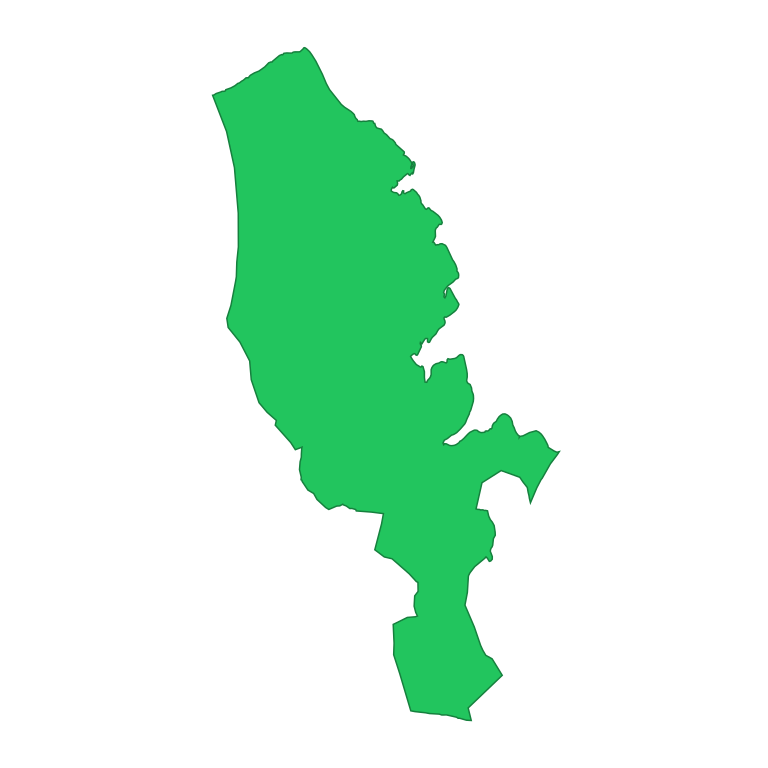 outline of Sorong Selatan, Papua Barat, Indonesia, rotated 181°
{"feature_id": "22746128B99267537228675", "entity_name": "Sorong Selatan", "entity_type": "district", "adm_level": 2, "iso_a3": "IDN", "parent_name": "Indonesia", "parent_adm1": "Papua Barat", "projection": "equal_earth", "projection_center": [132.035, -1.666], "detail": "fine", "context": "isolated", "style": "filled", "palette": "green", "viewbox_px": 768, "rotation_deg": 181, "n_neighbors": 0, "source": "geoboundaries", "source_scale": "gbopen_adm2", "svg_char_len": 6131}
<svg xmlns="http://www.w3.org/2000/svg" viewBox="0 0 768 768"><g transform="rotate(181 384 384)"><path d="M351.5,57.7L347.5,57.0L336.7,56.0L332.7,55.3L322.9,54.9L320.6,54.1L315.6,54.2L305.6,52.1L304.1,51.1L302.5,51.1L295.7,49.3L290.9,49.1L294.2,61.6L260.7,94.8L271.1,111.1L277.5,114.5L280.5,119.4L282.8,124.2L289.5,142.7L299.2,164.3L297.0,177.1L296.3,192.9L296.1,194.0L294.7,196.8L290.1,203.0L280.2,211.5L279.0,212.9L277.6,211.6L275.6,208.5L274.2,208.9L272.7,210.7L272.7,213.4L274.8,218.6L274.6,220.2L274.0,221.8L273.1,223.0L272.5,224.7L271.9,231.3L270.1,234.7L270.3,237.9L271.4,244.4L273.3,247.8L275.3,250.2L277.0,253.7L278.3,259.0L280.1,259.4L281.5,259.3L282.9,259.9L285.5,259.8L286.2,260.2L288.5,260.3L289.8,260.7L284.3,287.0L265.4,299.5L246.6,293.1L243.3,288.4L238.9,283.0L238.0,278.3L237.1,274.9L236.6,272.0L235.5,267.8L229.4,282.9L225.3,291.1L224.2,292.5L216.3,307.0L209.4,316.5L207.6,319.4L209.9,318.8L212.6,319.9L218.7,323.5L219.1,325.5L220.3,327.9L222.3,331.6L224.6,335.0L226.0,336.7L228.3,338.6L231.1,339.9L237.6,338.0L244.1,334.6L247.1,334.0L247.8,333.0L247.7,334.4L248.8,335.0L250.7,337.3L251.9,339.4L253.1,342.6L254.5,345.3L255.2,348.9L256.7,352.1L258.7,354.1L260.0,355.1L262.1,356.1L263.2,356.2L264.9,356.0L266.7,354.8L268.3,353.4L270.0,350.9L271.2,348.5L273.2,347.1L273.9,346.3L274.9,344.3L275.3,341.7L276.1,340.9L277.0,341.1L278.7,339.2L279.9,338.7L281.1,338.9L282.0,338.5L282.4,337.5L285.7,337.1L286.9,337.3L288.9,338.2L289.7,339.1L290.7,339.4L292.3,339.5L293.2,339.3L297.4,337.1L299.4,335.2L303.2,331.0L305.6,328.8L307.2,328.0L308.0,326.6L310.7,324.7L312.6,323.9L315.3,323.5L317.4,323.7L320.5,325.2L322.4,325.4L323.2,324.3L324.0,326.0L322.7,328.9L319.6,330.6L315.4,334.2L314.5,334.3L312.7,335.2L310.5,336.6L306.8,340.4L302.6,345.4L301.7,347.1L300.4,350.7L298.2,355.5L297.8,357.7L297.2,358.5L296.7,359.7L294.4,368.2L294.2,371.0L294.4,374.0L294.7,375.4L296.0,378.5L296.4,381.6L297.9,385.0L300.2,386.3L301.3,388.1L301.4,389.2L300.9,392.5L301.0,395.9L301.7,400.0L304.8,413.0L305.3,413.9L306.3,414.7L308.3,414.7L309.5,413.9L311.9,411.6L313.6,410.8L318.5,409.9L320.5,410.4L321.3,409.3L321.3,407.9L321.6,406.7L322.3,406.1L324.8,407.0L326.5,407.3L327.5,407.1L329.5,405.9L332.3,405.2L334.4,403.9L335.3,403.0L336.4,401.2L337.1,399.2L337.0,394.3L337.7,392.0L338.4,390.7L340.5,388.4L341.3,386.4L343.0,386.6L343.7,391.1L343.8,397.0L345.3,402.0L346.4,402.6L347.0,401.8L347.9,401.6L352.0,404.0L355.3,407.9L357.9,411.9L357.2,412.9L355.4,414.4L354.3,414.9L353.5,414.7L352.8,413.7L351.6,413.3L350.9,414.0L347.3,421.9L347.4,423.1L348.1,424.0L348.5,425.1L348.3,426.2L346.8,424.8L344.0,429.5L343.0,430.3L341.3,430.2L341.2,426.9L340.0,426.3L339.2,426.6L337.4,430.2L336.4,431.6L333.0,434.9L331.1,438.5L329.9,440.1L324.9,444.0L324.2,445.6L324.0,446.7L324.2,448.1L325.1,450.2L325.0,451.6L324.2,452.2L323.2,451.8L321.8,452.5L319.2,454.1L314.5,457.9L313.2,459.2L311.6,461.8L310.5,464.7L310.9,465.9L311.7,466.9L313.0,469.4L314.2,470.9L319.7,480.7L321.0,481.5L321.8,480.9L322.5,479.5L323.5,473.8L323.9,472.5L324.6,471.2L325.6,472.2L325.1,475.0L326.0,476.4L325.3,478.9L321.8,483.4L316.6,487.3L314.2,490.0L312.0,491.0L311.4,491.8L311.2,494.2L311.5,496.0L312.2,497.2L313.0,498.0L313.0,500.4L314.3,504.1L316.1,507.4L317.6,509.4L323.5,521.6L324.9,523.7L328.4,525.3L330.4,525.1L331.7,524.2L333.3,524.2L334.7,523.8L336.6,526.5L337.7,526.7L335.8,530.6L335.1,532.5L335.4,537.8L335.3,539.1L334.5,540.9L333.4,541.8L331.7,544.5L330.8,544.7L329.8,544.5L329.0,545.1L328.6,546.5L329.4,548.9L331.1,551.6L332.8,553.5L338.1,557.5L340.0,558.4L342.2,560.9L343.1,560.8L344.6,559.4L345.6,559.7L348.7,564.2L349.4,564.7L350.3,566.3L350.2,567.6L351.4,571.4L352.6,573.3L353.5,574.1L354.9,576.2L358.1,578.9L359.0,579.2L360.2,578.6L360.8,577.4L365.1,575.5L366.0,574.7L366.9,574.8L367.8,575.5L367.7,577.4L368.6,577.6L369.4,576.3L369.6,575.0L370.3,574.0L371.1,573.3L372.4,572.9L373.7,574.7L374.9,575.4L377.7,575.7L380.1,577.0L380.1,578.6L379.0,580.8L378.2,580.2L377.3,580.3L374.2,583.1L373.9,584.6L374.4,587.3L372.5,587.2L371.1,588.6L370.2,589.0L368.1,591.5L364.2,594.8L363.4,594.5L362.8,593.6L361.7,593.0L360.9,594.3L360.0,594.7L359.5,595.6L358.9,594.7L358.3,595.7L357.7,599.5L356.8,603.1L356.8,604.2L357.4,606.0L358.2,606.7L359.4,606.3L358.5,602.7L359.0,601.6L359.8,602.2L360.1,600.0L361.0,600.0L360.9,601.8L360.3,603.2L360.1,604.4L360.3,605.9L362.4,609.0L363.5,610.2L365.7,612.1L368.6,613.4L367.7,615.3L367.9,616.5L376.4,623.8L376.8,625.1L379.0,627.8L380.3,628.7L382.3,629.5L385.8,633.3L388.2,634.9L389.8,637.3L391.0,638.7L395.4,639.8L396.4,640.8L397.0,641.8L397.8,644.4L398.9,644.6L399.6,646.5L400.5,646.8L403.6,646.9L406.5,646.3L409.2,646.4L411.5,646.0L413.0,646.3L414.7,646.2L415.5,648.0L416.2,648.5L417.1,649.6L418.0,651.4L418.3,652.6L419.3,653.8L421.7,655.9L428.2,660.0L431.6,662.8L443.6,677.4L447.0,683.5L451.0,692.6L457.8,705.6L461.7,711.6L464.2,715.0L467.4,717.9L469.1,718.9L470.2,718.6L470.7,717.7L473.5,715.0L474.4,714.6L478.9,714.5L480.6,714.2L481.8,713.3L482.6,713.2L486.9,713.3L489.9,712.9L491.0,711.4L492.0,711.6L494.3,710.6L500.9,704.9L501.7,703.9L502.7,704.0L504.9,703.1L508.8,698.9L514.5,694.7L519.0,692.8L522.8,690.5L523.8,689.5L524.9,687.9L527.3,687.7L529.9,685.3L531.8,684.2L533.8,682.5L535.4,682.0L538.3,679.6L542.2,677.4L547.3,675.5L547.8,674.4L548.6,673.9L551.0,673.8L552.6,673.0L556.9,671.5L559.1,670.0L560.4,669.7L545.8,633.7L537.3,597.7L532.7,552.2L532.0,518.5L533.3,503.3L533.5,488.6L534.3,483.3L538.4,459.9L542.3,446.9L540.8,437.8L528.8,423.4L518.7,404.7L516.8,386.0L508.6,363.1L500.4,353.7L491.0,345.7L492.0,340.9L476.3,323.9L471.5,316.8L464.9,319.4L465.1,318.6L465.4,312.6L465.4,309.3L466.5,304.8L467.0,296.9L465.1,289.4L465.3,286.8L464.4,286.4L464.1,285.1L458.2,276.6L452.4,273.3L449.0,267.4L440.2,259.5L437.0,257.6L429.2,261.1L426.0,261.4L423.1,263.1L422.7,262.5L419.6,261.4L416.0,258.9L413.8,259.0L410.1,258.0L409.5,256.6L394.2,255.7L382.3,254.4L384.0,244.1L390.3,218.1L380.7,211.1L372.9,209.4L355.4,194.6L348.2,187.0L346.6,186.3L346.3,177.2L349.6,172.7L350.0,162.4L348.3,156.2L346.5,152.6L348.6,151.8L356.6,151.0L370.6,143.8L369.4,125.0L369.6,113.5L363.2,94.7L351.5,57.7Z" fill="#22c55e" stroke="#15803d" stroke-width="1.5"/></g></svg>